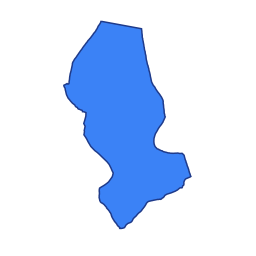 the district of Birkelane, Kaffrine, Senegal, rotated 12°
{"feature_id": "50182788B56779252201559", "entity_name": "Birkelane", "entity_type": "district", "adm_level": 2, "iso_a3": "SEN", "parent_name": "Senegal", "parent_adm1": "Kaffrine", "projection": "orthographic", "projection_center": [-15.66, 14.036], "detail": "fine", "context": "isolated", "style": "filled", "palette": "blue", "viewbox_px": 256, "rotation_deg": 12, "n_neighbors": 0, "source": "geoboundaries", "source_scale": "gbopen_adm2", "svg_char_len": 5748}
<svg xmlns="http://www.w3.org/2000/svg" viewBox="0 0 256 256"><g transform="rotate(12 128 128)"><path d="M157.7,207.1L157.9,206.7L158.3,206.2L158.6,205.5L158.9,204.6L159.3,203.9L159.6,203.4L159.9,202.6L160.3,201.9L160.5,201.5L160.7,200.9L161.0,200.1L161.4,199.1L161.5,198.4L161.7,197.8L162.3,196.7L162.7,196.2L163.3,195.6L164.0,195.2L164.9,194.8L165.3,194.6L165.8,194.3L166.3,194.2L166.6,194.0L167.2,193.8L167.9,193.4L168.6,193.1L169.4,192.8L170.4,192.3L171.0,192.1L171.9,191.7L172.6,191.6L173.5,191.2L174.5,190.9L174.7,191.0L175.2,190.7L175.7,190.1L176.1,189.4L176.8,188.9L177.3,188.2L177.7,187.4L177.9,186.6L178.3,186.0L178.7,185.7L179.2,185.2L179.9,184.6L183.8,182.4L187.6,179.8L188.3,179.1L189.2,178.4L189.9,177.5L190.9,176.2L191.6,175.6L192.3,175.5L192.8,175.3L193.2,175.3L193.4,174.9L193.5,174.3L193.5,173.5L193.7,173.0L194.0,172.7L194.3,172.4L194.3,172.1L194.4,171.9L194.2,170.6L193.9,169.5L194.0,168.6L194.2,167.7L194.4,166.8L195.0,165.8L195.8,165.2L198.1,163.6L198.8,163.1L199.3,162.7L199.6,162.2L199.0,161.6L198.6,160.8L198.2,160.0L197.4,158.9L197.0,158.1L196.5,157.2L196.1,156.3L195.6,155.4L195.2,154.8L194.8,154.0L194.1,153.1L193.7,152.5L193.3,151.6L192.9,150.9L192.6,150.3L192.0,149.6L191.7,148.8L191.3,148.1L190.9,147.5L190.5,147.0L190.2,146.3L189.8,145.6L189.4,144.8L189.1,144.2L188.8,143.5L188.4,142.9L188.0,142.6L187.4,142.2L186.8,141.9L186.1,141.5L185.6,141.7L184.9,141.9L184.2,142.1L183.7,142.2L182.9,142.1L182.2,142.2L181.8,142.2L181.6,142.2L181.2,142.4L180.4,142.6L179.9,142.7L179.3,142.9L178.8,143.0L177.8,143.3L176.3,143.6L175.4,143.7L174.5,143.9L173.4,143.8L172.7,144.0L171.9,144.0L171.3,143.9L170.8,143.8L170.0,143.9L169.4,143.8L168.6,143.8L167.8,143.8L167.0,143.6L166.2,143.2L165.3,143.3L164.3,143.0L163.2,142.8L162.7,142.7L162.4,142.4L161.5,142.4L160.8,142.3L160.6,142.1L160.3,141.9L159.5,141.3L158.9,141.0L158.7,140.8L158.2,140.3L157.7,139.6L156.8,138.0L156.1,135.9L155.6,132.9L155.8,129.7L156.0,127.9L156.7,125.9L157.3,124.1L157.6,122.9L158.1,121.5L158.8,119.8L159.6,118.3L160.3,116.7L160.5,116.0L161.0,114.9L161.0,114.3L161.3,113.2L162.0,109.9L162.1,109.3L161.8,109.1L161.3,108.0L161.0,107.0L160.3,105.8L159.9,104.2L159.6,103.1L159.2,102.0L158.6,100.5L158.2,99.0L157.8,97.7L157.6,97.4L157.1,95.8L156.9,95.0L156.9,94.5L156.4,93.6L155.9,92.8L155.4,92.2L155.1,91.8L154.5,91.0L153.6,90.1L152.9,89.5L152.3,88.8L151.5,88.1L150.4,87.2L149.5,86.5L149.5,86.4L148.5,85.5L147.4,84.4L146.6,83.6L145.9,82.6L145.2,82.0L144.4,81.4L143.5,80.6L142.6,79.4L141.6,78.2L141.0,76.9L140.4,75.6L140.0,74.6L139.4,73.4L139.0,72.4L138.5,71.1L137.8,69.6L137.2,68.4L136.4,67.0L136.2,66.2L135.7,65.1L135.2,64.4L134.7,63.1L133.8,61.8L133.2,60.5L132.8,59.5L132.3,58.5L131.8,57.5L131.3,56.2L130.9,54.9L130.4,53.4L129.6,51.9L129.2,50.8L128.8,49.6L128.1,48.5L127.6,47.3L127.2,46.0L126.6,44.8L126.2,43.5L125.6,42.1L125.2,41.1L124.7,39.9L124.0,38.4L123.8,37.5L123.4,36.9L123.0,36.0L122.8,34.9L122.3,33.4L121.8,32.0L121.4,30.4L120.9,29.1L120.6,28.1L120.2,28.1L80.3,29.2L79.6,29.4L79.4,29.4L79.3,29.9L79.3,30.5L79.1,31.2L78.9,31.8L78.5,32.8L77.8,34.3L77.5,35.4L77.3,36.5L77.0,37.6L76.6,38.4L76.2,39.9L75.8,40.8L75.4,41.5L75.0,42.2L74.6,42.9L74.4,43.8L73.8,44.9L73.3,46.1L73.0,46.6L72.6,47.7L72.0,48.5L71.5,49.6L70.7,50.8L70.2,52.2L70.0,52.6L69.2,54.1L68.7,55.4L68.1,56.5L67.6,57.6L67.1,58.7L66.6,60.1L66.0,61.4L65.4,62.6L64.9,63.9L64.3,65.2L63.9,66.3L63.4,67.4L63.0,68.4L62.6,69.5L62.0,70.7L61.5,71.6L61.1,72.8L60.9,73.7L60.5,74.6L60.3,75.5L60.2,76.5L60.4,77.7L60.4,78.8L60.4,79.8L60.4,81.3L60.4,82.6L60.4,83.9L60.3,85.6L60.2,87.3L60.3,88.3L60.3,89.4L60.4,90.7L60.6,92.2L60.7,93.2L60.7,94.6L61.0,96.0L60.9,97.0L60.1,97.6L59.2,97.2L57.3,98.9L56.9,99.1L56.7,99.3L56.4,99.5L56.5,100.1L56.6,100.3L56.9,100.7L57.3,101.3L57.5,101.5L57.8,101.8L58.3,102.4L58.5,103.0L58.7,103.7L59.2,104.6L60.0,106.3L60.9,108.2L62.2,109.9L63.4,111.4L64.8,112.4L65.6,113.1L66.6,113.9L67.6,114.6L68.5,115.3L69.4,115.7L69.9,115.9L70.3,116.2L70.8,116.3L71.3,116.7L71.8,117.4L72.2,117.8L73.1,118.3L74.1,118.4L74.9,119.4L75.2,119.6L75.7,119.8L76.6,119.8L78.2,120.2L79.1,120.2L79.7,120.5L80.1,121.5L81.7,121.3L83.0,121.6L83.4,121.7L83.7,121.7L84.3,125.1L84.1,129.1L83.8,132.8L85.2,134.6L85.7,135.3L85.7,139.2L85.7,139.6L86.1,140.3L86.3,142.7L86.3,143.8L88.3,145.7L90.1,147.6L91.8,149.8L95.5,153.8L100.2,157.0L103.0,158.3L105.6,159.8L108.4,161.6L111.3,163.4L114.5,165.4L117.2,167.6L119.8,170.9L121.1,172.8L122.9,175.1L122.8,178.3L122.6,179.3L120.6,183.9L120.2,184.8L118.8,186.6L116.8,188.8L115.2,190.3L113.8,191.6L112.7,192.7L112.7,193.1L112.7,194.2L112.9,195.0L112.9,195.7L113.2,196.0L113.3,196.6L113.5,197.4L113.6,197.8L113.8,198.6L113.8,199.6L113.9,200.2L114.1,201.1L114.2,202.0L114.6,202.8L115.0,203.7L115.3,204.3L115.4,204.7L115.8,205.2L116.1,205.6L116.5,206.1L116.9,206.3L117.5,206.7L118.6,206.9L119.0,207.1L120.0,207.6L120.7,207.9L121.1,208.3L121.6,208.7L122.3,209.2L123.0,209.7L123.6,210.3L123.7,210.7L124.2,211.0L124.6,211.4L125.3,211.8L125.7,212.1L126.2,212.6L126.7,212.9L127.3,213.6L127.6,214.0L128.3,214.4L128.6,214.9L129.4,215.8L129.6,216.4L130.0,216.8L130.0,217.2L130.5,217.9L131.3,219.0L132.3,220.1L132.7,220.6L133.4,221.2L133.6,221.4L133.7,221.5L133.9,221.8L134.3,222.3L134.7,222.5L135.3,222.9L135.4,223.1L135.8,223.4L136.2,223.6L136.5,223.8L136.7,224.1L137.2,224.6L137.4,224.9L137.9,225.4L138.3,225.6L138.7,226.1L139.6,226.5L140.2,226.9L141.0,227.4L140.9,227.9L141.6,227.8L142.2,227.7L143.2,227.3L143.9,227.0L144.6,226.6L145.0,226.3L145.3,226.1L145.9,224.4L146.2,223.4L147.7,221.4L148.6,220.8L149.4,220.3L150.0,219.9L150.5,219.5L150.9,218.9L151.1,218.7L151.5,217.6L151.7,216.8L152.0,215.7L152.5,214.8L153.1,213.9L153.8,213.0L154.4,212.1L154.8,211.2L155.1,210.6L155.8,209.4L156.4,208.6L157.4,207.5L157.7,207.1Z" fill="#3b82f6" stroke="#1e3a8a" stroke-width="1.5"/></g></svg>